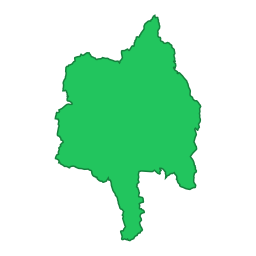 Tay Son, Bình Định, Vietnam (Natural Earth projection), rotated 180°
{"feature_id": "81297802B3478153063518", "entity_name": "Tay Son", "entity_type": "district", "adm_level": 2, "iso_a3": "VNM", "parent_name": "Vietnam", "parent_adm1": "Bình Định", "projection": "natural_earth1", "projection_center": [108.884, 13.946], "detail": "fine", "context": "isolated", "style": "filled", "palette": "green", "viewbox_px": 256, "rotation_deg": 180, "n_neighbors": 0, "source": "geoboundaries", "source_scale": "gbopen_adm2", "svg_char_len": 5756}
<svg xmlns="http://www.w3.org/2000/svg" viewBox="0 0 256 256"><g transform="rotate(180 128 128)"><path d="M56.1,144.4L56.4,147.4L55.3,149.5L56.0,151.1L56.6,151.6L57.6,153.3L59.0,154.9L59.3,155.2L61.0,155.2L61.7,155.8L62.4,156.1L63.0,156.9L63.6,158.7L65.7,160.3L66.0,161.8L65.7,165.0L66.2,166.6L67.4,168.9L68.1,172.1L69.0,173.9L69.2,174.9L72.1,178.2L73.5,180.1L76.5,183.1L77.2,183.2L78.0,182.4L78.7,182.7L78.8,183.0L78.4,183.6L78.6,184.3L81.0,185.8L82.4,188.2L82.1,188.7L80.8,188.2L80.7,189.4L80.2,190.0L80.5,192.3L81.3,193.0L82.3,194.6L82.0,194.9L81.1,194.4L80.9,194.5L81.5,196.8L81.3,197.7L81.9,199.3L82.0,200.5L82.0,201.4L81.2,202.3L81.2,202.7L81.9,206.6L84.1,208.6L84.2,210.2L84.5,210.9L86.1,211.9L86.6,212.7L88.4,213.5L90.3,212.7L91.8,212.8L92.3,213.0L93.2,214.3L95.2,215.0L95.5,215.6L95.4,217.6L95.7,218.5L97.4,218.9L98.0,219.7L98.2,220.9L97.9,223.0L98.2,223.8L98.2,225.2L98.0,225.6L96.5,227.8L96.3,229.9L96.9,231.5L96.9,232.8L97.6,234.1L97.6,236.0L98.0,236.7L98.3,238.5L98.6,238.6L100.6,238.4L101.0,239.3L101.2,240.6L102.6,239.7L102.7,239.2L103.4,238.3L103.8,236.9L105.0,236.1L105.4,235.0L106.4,235.1L107.8,234.8L110.9,232.2L112.0,229.8L111.9,227.7L112.1,226.7L115.0,222.8L115.4,221.6L116.3,220.7L116.5,219.5L117.4,218.8L118.7,219.2L119.6,218.9L120.0,216.5L121.0,215.3L121.0,214.2L121.7,213.2L121.7,211.6L122.1,209.9L122.4,209.8L123.3,210.1L124.1,209.8L126.6,205.6L127.3,205.6L128.4,206.9L128.6,206.9L131.4,205.4L134.0,205.3L134.4,204.9L134.5,203.0L133.6,198.3L134.4,196.6L136.0,195.0L136.2,193.5L136.5,193.0L138.0,194.9L140.6,194.6L141.3,194.7L143.1,195.5L146.7,196.6L147.9,197.5L148.7,197.7L150.4,197.6L153.5,198.4L154.4,197.5L155.5,197.2L158.1,197.0L158.9,196.5L159.9,196.6L160.8,197.9L161.3,197.9L163.4,199.0L164.6,199.3L165.9,201.7L166.6,202.1L166.8,203.1L168.8,203.2L169.5,203.0L172.8,200.6L173.5,200.7L174.9,201.7L175.5,200.7L175.9,199.6L178.7,199.2L181.1,198.4L181.3,197.8L180.9,195.3L181.0,194.9L182.3,194.2L184.0,192.0L185.9,191.1L187.4,190.8L187.8,189.6L189.1,189.6L190.0,188.6L190.3,184.5L189.8,183.2L190.1,180.4L190.6,179.1L190.6,177.6L191.5,176.6L192.7,173.8L192.8,172.7L192.4,171.1L192.6,168.5L192.9,167.6L192.8,166.5L193.1,165.2L191.6,165.2L190.6,165.7L189.6,164.8L189.5,164.0L188.8,162.9L188.8,161.1L187.7,159.5L187.9,159.2L188.7,159.3L188.4,158.3L188.9,157.1L188.8,155.6L188.4,155.1L186.6,154.8L185.4,154.2L184.0,152.9L183.9,152.1L184.2,151.6L186.2,151.6L187.6,151.9L189.1,151.5L190.0,150.9L194.0,147.5L197.1,146.0L196.5,144.9L196.9,143.9L198.6,143.3L199.3,143.5L199.6,142.8L199.8,141.8L199.7,140.9L200.3,139.9L200.7,137.3L197.8,136.8L197.6,136.6L197.6,135.7L197.0,134.9L197.3,134.1L197.7,132.0L197.7,131.4L197.0,130.8L196.9,130.4L197.0,129.4L197.4,128.8L197.8,126.6L198.6,122.3L198.6,120.9L197.9,120.1L196.2,119.6L196.0,118.6L195.2,117.9L195.0,116.0L194.2,115.8L193.4,115.3L193.1,114.9L192.9,113.6L194.1,112.9L195.7,111.1L195.2,110.0L197.2,108.0L196.7,106.5L197.7,104.0L197.5,101.8L198.9,101.3L199.4,100.8L200.4,98.5L200.5,97.4L198.9,96.9L197.3,95.9L196.9,94.8L197.2,93.4L196.3,93.7L196.0,92.8L195.5,92.2L193.1,90.9L191.5,89.6L189.7,89.6L188.7,89.3L186.8,88.2L186.4,88.2L185.9,89.2L185.6,89.4L183.9,89.8L182.2,89.9L181.4,89.4L180.6,89.4L180.2,88.8L177.3,87.6L174.2,87.4L172.5,86.9L171.5,86.7L167.7,86.9L166.6,86.0L164.9,85.5L164.3,84.6L164.2,83.0L163.6,81.3L162.9,80.3L161.6,79.4L160.3,79.3L159.9,78.5L159.0,78.6L158.7,77.2L156.7,75.4L155.6,74.9L154.0,74.8L153.1,73.8L152.4,73.8L149.7,74.9L149.4,75.3L147.7,78.1L147.5,77.4L147.1,75.9L145.7,75.8L145.4,75.1L144.8,73.2L144.6,70.6L143.0,65.5L141.9,63.7L141.4,63.2L140.8,62.1L140.5,60.5L139.5,59.6L138.7,58.3L138.3,55.9L137.8,54.5L137.6,52.5L137.0,51.2L136.0,47.8L135.3,47.0L134.3,46.8L133.5,46.1L132.3,44.4L132.8,43.5L132.9,42.3L133.7,40.9L132.6,39.6L132.7,39.1L133.3,37.7L131.2,30.8L130.5,29.4L131.1,28.4L132.2,26.9L132.7,25.3L134.9,25.0L135.3,24.7L135.2,23.8L133.9,20.0L133.9,18.9L134.3,17.5L134.2,16.8L133.7,16.4L133.0,16.4L131.7,17.1L129.4,16.3L128.4,16.9L128.0,15.9L126.1,15.4L124.8,16.4L122.2,17.4L122.0,18.2L121.1,19.5L120.4,20.1L118.9,20.6L118.5,21.8L117.5,22.8L115.8,23.2L115.4,24.6L114.2,25.2L113.6,26.1L114.4,28.2L115.4,29.6L116.4,32.6L116.4,33.5L116.1,34.0L114.6,35.8L114.8,37.2L116.0,39.6L116.0,39.9L115.8,40.8L115.3,41.8L114.6,42.5L113.2,43.1L111.8,43.5L111.7,43.9L112.1,45.1L112.7,45.8L114.3,46.4L114.6,47.2L116.2,47.2L116.4,47.4L116.6,47.9L116.3,50.4L116.8,52.2L116.5,52.5L115.0,53.3L112.7,53.9L112.6,54.4L113.0,57.7L113.7,58.5L117.2,59.3L117.4,59.7L117.2,61.8L117.0,62.3L116.8,62.4L116.7,63.5L117.2,64.4L117.3,65.6L118.0,67.2L118.1,68.0L119.4,69.2L118.9,70.2L119.2,71.0L118.9,71.9L118.4,72.3L117.9,73.1L117.2,73.5L117.1,73.8L117.2,74.6L118.0,76.0L117.3,78.6L117.4,79.9L117.7,81.4L117.0,84.4L115.1,85.0L113.7,85.0L104.9,84.4L103.3,84.5L101.6,85.8L98.3,82.8L96.3,82.0L95.8,82.5L96.2,84.0L96.1,84.5L94.9,85.6L95.0,86.0L96.1,86.9L96.2,87.6L96.1,87.8L94.2,87.6L92.6,86.6L91.3,84.8L90.5,84.1L90.6,82.5L90.1,80.7L90.4,78.0L89.3,79.2L89.0,80.1L87.1,80.8L86.5,81.6L84.9,82.5L83.5,82.5L81.8,83.4L81.0,81.8L80.1,81.0L79.3,79.8L79.1,77.5L79.6,76.9L79.4,76.4L78.4,75.6L78.5,74.9L78.4,74.2L77.5,72.7L76.2,71.6L76.3,70.6L76.1,70.1L74.8,69.2L73.3,68.8L70.0,67.3L66.4,66.6L66.0,66.6L64.6,67.5L62.5,68.4L61.2,68.4L60.7,68.7L60.3,70.8L62.2,73.7L62.3,74.2L62.3,76.5L62.0,78.6L62.3,79.6L61.5,82.8L59.8,84.0L59.6,85.1L59.8,85.7L60.7,86.7L60.5,88.1L60.9,89.2L60.9,90.1L61.8,91.1L61.9,92.7L62.5,94.6L63.6,96.7L65.5,99.1L65.6,99.6L63.2,102.9L59.5,106.7L59.4,107.1L59.7,109.4L60.5,110.5L61.3,112.7L62.1,114.0L60.8,118.8L59.7,121.2L59.7,121.7L60.4,124.2L61.3,126.5L61.1,127.3L60.6,127.8L58.6,125.8L58.3,125.8L58.2,125.9L57.8,127.3L56.7,128.8L57.5,131.9L56.0,134.1L55.7,135.5L55.7,136.8L56.4,138.8L56.2,140.7L56.6,142.5L56.1,144.4Z" fill="#22c55e" stroke="#15803d" stroke-width="1.5"/></g></svg>